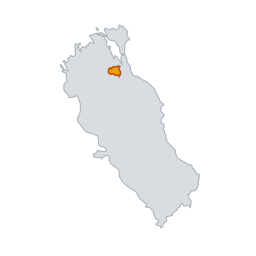 Bilecik highlighted on a map of Turkey, rotated 64°
{"feature_id": "TUR-2263", "entity_name": "Bilecik", "entity_type": "Province", "adm_level": 1, "iso_a3": "TUR", "parent_name": "Turkey", "parent_adm1": "", "projection": "orthographic", "projection_center": [30.109, 40.071], "detail": "fine", "context": "in_parent", "style": "filled", "palette": "amber", "viewbox_px": 256, "rotation_deg": 64, "n_neighbors": 0, "source": "natural_earth", "source_scale": "10m", "svg_char_len": 4285}
<svg xmlns="http://www.w3.org/2000/svg" viewBox="0 0 256 256"><g transform="rotate(64 128 128)"><path d="M189.3,87.0L192.6,87.7L193.6,86.7L196.5,86.4L199.2,86.7L200.4,84.6L202.2,84.6L202.7,85.5L203.6,85.7L206.7,87.8L206.4,88.1L207.2,88.9L209.6,89.2L210.1,90.4L212.2,92.0L213.5,94.7L213.3,96.8L212.5,98.3L214.6,102.4L214.2,103.0L217.3,104.0L220.8,103.2L222.1,103.6L226.1,106.4L227.2,107.6L224.5,106.4L223.4,108.0L223.2,111.5L219.5,112.7L220.4,114.8L221.6,115.7L221.6,117.8L222.0,118.6L223.3,119.8L223.4,121.7L224.1,123.5L224.5,125.9L226.2,126.4L225.7,127.6L224.6,132.6L224.8,133.0L226.0,132.9L229.0,134.7L228.7,135.5L229.5,138.5L232.1,140.1L231.9,141.2L232.1,142.2L230.4,142.0L227.3,145.3L226.9,145.3L226.3,144.4L225.7,141.7L224.8,141.1L223.7,141.2L222.0,142.7L220.2,142.9L218.5,142.9L213.7,141.9L212.1,142.8L210.2,142.4L207.2,146.2L206.2,146.7L205.5,145.1L204.2,144.3L202.8,145.8L197.1,148.2L194.4,148.8L191.0,148.6L188.2,149.1L181.1,153.8L174.0,156.6L167.5,157.1L163.7,155.1L160.9,154.8L152.8,159.1L148.7,159.3L147.2,157.9L144.0,157.6L143.4,159.0L143.0,162.4L144.3,165.5L142.6,165.8L141.5,166.5L141.3,168.9L139.7,169.9L139.3,171.4L139.0,171.4L136.3,170.4L136.9,169.3L135.0,165.0L135.8,163.7L138.9,159.9L138.7,157.9L137.2,156.5L133.0,159.4L132.7,160.4L131.8,161.3L130.2,161.7L122.3,158.7L117.9,161.9L114.3,166.4L111.4,168.1L102.9,169.6L101.4,170.4L98.4,169.6L96.6,168.5L92.5,163.7L85.0,160.2L77.1,159.3L76.4,160.3L76.2,164.1L74.9,167.6L74.2,168.0L72.5,167.1L66.4,169.2L61.2,166.8L60.3,165.8L59.2,161.7L58.4,161.4L57.6,161.9L56.7,161.9L53.0,160.1L51.0,159.9L49.7,161.6L47.8,162.3L47.7,161.8L48.5,160.7L45.4,160.8L43.7,161.6L41.5,161.1L41.6,160.6L43.5,160.1L47.7,159.6L50.4,156.9L40.4,156.7L39.5,157.3L39.3,155.9L39.9,155.2L42.5,154.8L42.4,153.6L40.9,152.3L39.1,151.6L38.4,148.6L37.6,147.8L37.7,147.4L39.3,146.9L39.7,144.7L39.5,143.4L36.4,142.1L35.7,142.2L35.0,141.0L33.6,140.1L32.5,140.7L29.4,138.8L30.0,137.6L30.8,137.6L31.0,136.6L30.4,134.9L30.5,134.0L31.2,133.8L32.0,134.0L32.8,135.1L32.8,137.0L33.6,138.2L34.2,137.0L35.7,137.7L38.3,137.2L38.8,136.7L36.9,136.7L36.2,136.2L34.8,133.0L36.4,132.1L37.6,130.6L35.4,129.5L35.9,127.4L34.2,124.9L36.8,121.8L36.7,121.4L35.9,121.2L28.2,122.2L28.1,120.8L28.7,119.6L28.8,116.5L29.2,114.9L30.6,114.5L32.5,112.2L35.4,109.5L38.3,109.6L39.5,108.9L41.2,108.9L41.7,110.0L43.2,110.8L45.8,110.8L47.1,110.1L45.9,108.7L47.5,108.3L48.7,108.6L48.0,110.1L48.3,110.3L51.8,109.9L55.4,110.3L59.4,110.2L59.9,109.7L57.1,108.2L58.9,106.9L60.0,106.6L68.3,105.4L68.4,105.1L63.3,104.4L60.6,102.6L59.9,101.6L60.5,99.3L61.0,98.6L62.9,98.6L69.1,99.7L73.6,99.0L78.5,100.6L83.1,100.2L84.1,99.5L85.2,97.2L91.7,93.3L94.0,91.3L104.0,87.2L119.2,87.2L121.7,85.6L123.3,86.0L122.9,87.0L123.0,87.9L125.0,90.1L127.8,91.2L131.5,89.9L132.8,90.2L134.4,93.7L136.9,95.6L138.0,95.7L139.4,94.4L140.7,94.1L143.0,95.2L143.9,96.4L151.3,97.2L152.9,98.2L157.9,98.8L168.5,95.2L172.6,96.5L176.0,96.7L177.4,96.2L181.5,93.7L182.8,92.4L185.4,91.1L188.5,88.4L189.3,87.0ZM49.4,88.0L49.1,89.6L49.7,91.4L51.2,93.8L52.7,95.1L60.1,98.5L59.0,101.6L57.1,102.0L50.8,100.4L48.2,101.6L46.3,101.3L43.7,101.8L42.9,103.6L41.0,105.7L35.8,108.1L30.9,113.1L29.5,113.8L30.2,112.0L30.2,110.4L32.3,108.7L35.3,107.4L36.1,106.3L28.8,106.2L28.2,104.6L28.9,104.3L31.4,101.6L31.7,100.4L31.6,97.6L34.5,96.1L34.7,95.5L34.4,92.7L31.7,91.0L31.8,90.2L33.8,89.5L34.9,87.6L37.7,87.4L39.1,86.5L41.5,86.1L44.4,88.6L48.0,87.8L49.4,88.0ZM27.1,112.8L24.6,113.1L23.9,112.6L24.7,111.8L26.6,111.4L27.2,112.2L27.1,112.8Z" fill="#d9dde1" stroke="#a8b0b8" stroke-width="1"/><path d="M76.6,111.1L76.8,111.7L77.4,112.9L77.8,113.4L76.7,113.4L75.9,114.1L75.7,114.8L75.5,115.5L75.2,116.2L74.6,116.6L74.1,116.6L73.5,116.8L73.4,117.1L73.2,117.4L72.9,117.6L72.6,117.8L72.5,119.2L72.0,120.1L71.4,120.7L71.0,120.8L70.2,121.0L69.4,121.2L68.9,121.1L67.7,120.2L67.3,120.0L66.9,119.8L66.7,119.5L66.4,118.8L66.3,118.2L66.5,117.0L67.1,117.1L67.6,116.9L67.5,116.2L67.2,116.0L66.7,115.2L66.6,114.5L67.0,113.1L68.0,112.0L68.2,111.7L68.1,111.3L67.9,111.0L67.8,110.5L68.0,110.2L68.1,109.8L68.1,109.4L68.3,109.0L68.5,108.8L68.8,108.6L69.3,108.3L69.6,108.9L70.0,109.5L70.4,109.8L70.8,110.3L71.8,110.5L73.2,110.2L73.7,110.1L74.1,110.2L74.5,110.2L74.8,110.4L75.1,110.8L75.3,111.0L76.1,111.0L76.6,111.1Z" fill="#f59e0b" stroke="#b45309" stroke-width="1.5"/></g></svg>